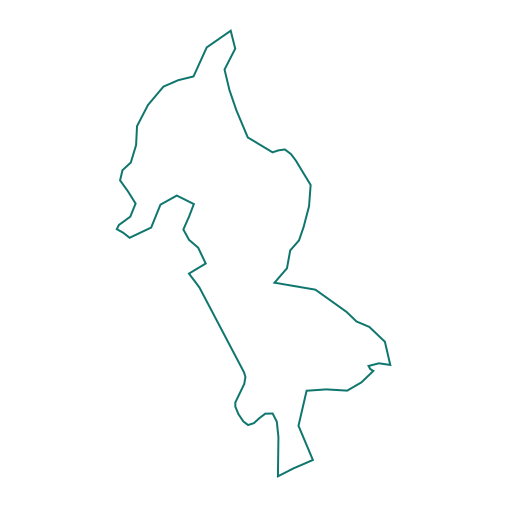 the Province of Santo Domingo, rotated 56°
{"feature_id": "DOM-1394", "entity_name": "Santo Domingo", "entity_type": "Province", "adm_level": 1, "iso_a3": "DOM", "parent_name": "Dominican Republic", "parent_adm1": "", "projection": "albers", "projection_center": [-69.842, 18.571], "detail": "fine", "context": "isolated", "style": "outline", "palette": "teal", "viewbox_px": 512, "rotation_deg": 56, "n_neighbors": 0, "source": "natural_earth", "source_scale": "10m", "svg_char_len": 1115}
<svg xmlns="http://www.w3.org/2000/svg" viewBox="0 0 512 512"><g transform="rotate(56 256 256)"><path d="M170.2,350.6L162.4,353.1L155.9,356.4L153.6,352.3L153.1,338.2L145.2,326.5L131.3,326.0L117.3,326.4L110.2,318.7L108.5,307.5L97.0,293.4L81.8,282.0L70.4,261.1L63.8,238.0L66.8,222.0L72.2,207.4L55.5,180.2L55.1,151.0L72.5,157.3L83.8,177.8L103.5,185.2L123.8,190.7L153.1,196.5L179.3,184.3L181.0,178.3L183.8,172.5L191.1,170.0L199.0,169.6L213.3,170.3L227.7,171.0L244.4,184.2L258.5,200.2L267.1,211.6L270.5,224.5L283.5,237.2L288.5,255.6L317.1,225.6L353.0,212.2L366.5,209.3L378.2,201.7L399.2,197.1L421.4,205.6L413.7,214.1L410.1,224.2L413.6,224.5L416.9,223.0L419.7,239.3L418.6,255.7L405.9,272.3L396.0,289.4L420.5,315.7L456.9,322.9L453.0,343.8L450.9,361.0L418.7,338.7L405.0,331.4L395.9,330.3L391.9,336.5L392.3,343.8L393.4,351.2L391.7,357.1L386.1,359.0L377.4,359.0L369.4,357.4L365.9,355.1L355.5,337.3L350.5,332.5L345.9,331.0L250.4,320.5L233.1,321.4L234.1,301.9L216.8,299.3L205.2,302.5L193.4,301.4L185.8,289.3L178.2,278.5L161.6,287.9L160.0,306.5L173.8,327.0L170.2,350.6Z" fill="none" stroke="#0f766e" stroke-width="2"/></g></svg>